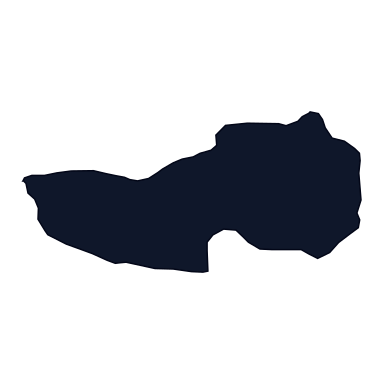 Ludvika, Dalarna, Sweden (Robinson projection)
{"feature_id": "70781695B24825049730842", "entity_name": "Ludvika", "entity_type": "district", "adm_level": 2, "iso_a3": "SWE", "parent_name": "Sweden", "parent_adm1": "Dalarna", "projection": "robinson", "projection_center": [14.755, 60.218], "detail": "fine", "context": "isolated", "style": "filled", "palette": "ink", "viewbox_px": 384, "rotation_deg": 0, "n_neighbors": 0, "source": "geoboundaries", "source_scale": "gbopen_adm2", "svg_char_len": 1121}
<svg xmlns="http://www.w3.org/2000/svg" viewBox="0 0 384 384"><path d="M23.0,180.8L23.3,180.7L26.0,183.4L28.0,193.1L34.7,199.1L38.4,208.1L38.0,219.2L45.1,230.8L47.8,234.7L66.3,244.1L78.8,248.6L92.4,253.6L107.2,260.3L115.3,263.3L119.5,262.8L126.1,262.2L155.0,268.5L173.2,269.0L191.4,271.6L203.0,272.1L207.5,271.2L207.9,271.1L207.1,250.6L207.1,242.2L212.9,234.9L223.6,229.1L236.0,230.1L242.6,236.4L248.4,242.2L259.9,249.0L272.3,249.6L287.2,249.6L301.2,249.6L309.5,254.3L316.9,258.0L317.6,258.4L329.7,252.5L338.6,242.5L349.5,234.2L358.3,227.7L359.7,219.9L356.9,213.0L361.0,200.0L358.8,173.1L360.1,160.6L359.5,154.0L359.4,153.2L354.6,148.5L344.4,141.2L332.1,138.1L325.2,127.8L322.5,119.6L318.4,113.6L310.1,111.9L308.8,113.3L302.3,116.6L297.9,121.3L286.1,125.7L278.7,123.7L247.3,123.2L225.5,125.4L215.9,135.1L216.7,145.3L211.1,150.2L200.1,153.3L193.2,156.9L182.2,159.1L173.5,162.7L171.4,163.9L162.6,169.0L157.8,172.6L148.6,178.5L137.6,180.9L129.8,179.6L124.5,177.3L115.8,175.7L106.2,173.7L93.5,170.7L71.2,171.0L56.8,172.9L44.6,175.4L31.9,175.4L24.5,177.9L23.0,180.8Z" fill="#0f172a" stroke="#020617" stroke-width="1.5"/></svg>